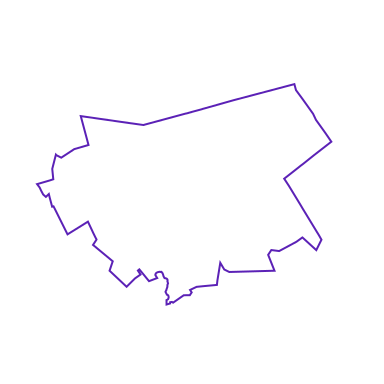 Nogales, Sonora, Mexico, rotated 345°
{"feature_id": "50627088B60868873287779", "entity_name": "Nogales", "entity_type": "district", "adm_level": 2, "iso_a3": "MEX", "parent_name": "Mexico", "parent_adm1": "Sonora", "projection": "equal_earth", "projection_center": [-111.044, 31.194], "detail": "fine", "context": "isolated", "style": "outline", "palette": "violet", "viewbox_px": 384, "rotation_deg": 345, "n_neighbors": 0, "source": "geoboundaries", "source_scale": "gbopen_adm2", "svg_char_len": 3146}
<svg xmlns="http://www.w3.org/2000/svg" viewBox="0 0 384 384"><g transform="rotate(345 192 192)"><path d="M318.8,114.3L283.5,114.2L257.4,114.1L256.5,114.1L256.0,114.1L248.1,114.2L226.4,114.5L225.3,114.5L224.2,114.5L223.7,114.5L223.0,114.6L222.6,114.6L222.1,114.6L221.9,114.6L221.7,114.6L221.3,114.6L221.0,114.6L220.7,114.6L220.0,114.6L219.7,114.6L219.4,114.6L219.1,114.6L218.9,114.6L218.7,114.6L218.4,114.6L218.1,114.6L217.9,114.6L217.7,114.6L217.1,114.6L216.8,114.6L216.3,114.6L215.6,114.6L214.9,114.6L214.5,114.6L214.0,114.6L213.9,114.6L213.5,114.6L213.4,114.6L213.1,114.6L212.6,114.6L212.3,114.6L212.1,114.7L211.5,114.6L211.4,114.6L211.2,114.6L210.7,114.7L210.4,114.7L209.8,114.6L209.1,114.7L208.5,114.7L208.2,114.7L207.9,114.7L207.7,114.7L207.2,114.7L206.1,114.6L162.3,114.7L151.5,110.1L151.2,110.0L104.2,89.9L104.2,119.8L89.4,120.1L76.1,124.5L74.6,125.0L70.5,121.3L70.2,120.7L63.0,133.5L61.3,143.8L58.0,144.0L54.2,144.1L44.4,144.3L46.0,148.2L46.6,151.6L47.6,155.9L49.6,158.9L53.2,156.9L53.1,160.7L53.1,170.0L54.5,170.0L55.1,172.7L57.5,184.5L60.8,200.7L83.8,193.7L85.6,203.7L85.9,205.5L86.9,210.6L87.1,211.5L87.5,213.1L87.3,213.4L82.7,217.5L97.5,238.4L92.0,246.7L104.3,266.6L114.6,260.7L120.9,258.4L119.4,253.9L121.1,253.1L123.8,259.0L125.1,261.9L127.4,267.0L136.1,266.1L135.1,262.8L135.2,262.4L135.3,262.3L135.5,262.1L135.6,261.8L135.7,261.6L135.9,261.4L136.0,261.3L136.3,261.1L136.8,260.9L137.4,260.7L137.9,260.6L138.3,260.6L138.6,260.6L138.9,260.6L139.1,260.6L139.6,260.7L139.8,260.7L140.0,260.7L140.3,260.7L140.5,260.8L140.8,261.0L141.1,261.2L141.3,261.2L141.5,261.2L141.8,261.2L141.9,261.4L142.1,261.8L142.3,262.3L142.5,262.7L142.5,263.0L142.6,263.5L142.7,264.0L142.7,264.5L142.7,265.2L142.7,266.2L142.8,266.6L143.0,267.2L143.1,267.6L143.2,268.1L143.8,268.3L144.2,268.5L144.4,268.7L144.7,268.8L144.9,269.0L145.1,269.3L145.3,269.4L145.4,269.6L145.5,269.8L145.6,270.2L145.6,270.5L145.5,270.8L145.5,271.2L145.4,271.4L145.3,271.7L145.2,271.8L145.1,272.2L145.2,272.4L145.2,272.8L145.2,273.1L145.2,273.4L145.2,273.8L145.2,274.1L145.0,274.4L144.7,274.7L144.4,275.0L144.3,275.3L144.2,275.6L144.1,275.9L143.9,276.3L143.8,276.5L143.8,276.8L143.7,277.2L143.5,277.5L143.4,277.7L142.8,278.5L142.5,279.0L142.1,279.5L141.8,280.2L141.4,280.6L141.1,280.9L140.9,281.1L140.7,281.3L140.6,281.5L140.6,282.2L140.8,282.8L141.0,283.6L141.1,284.1L141.1,284.3L141.1,284.6L141.3,284.8L141.6,285.0L141.8,285.2L142.1,285.4L142.3,285.9L142.3,286.5L142.3,287.1L142.1,288.0L141.6,288.7L141.2,289.3L140.4,289.6L139.4,289.8L138.3,294.1L142.0,294.0L142.4,292.8L144.2,293.0L145.1,294.0L157.3,289.6L163.2,291.1L165.7,288.9L164.8,286.1L171.9,284.8L179.2,286.0L192.0,288.2L193.7,283.9L201.0,267.7L203.1,275.2L207.3,278.9L251.3,289.4L249.3,272.4L253.6,268.6L260.9,271.6L280.0,267.1L285.3,265.1L286.2,264.7L286.9,264.5L297.0,280.3L304.7,271.6L303.6,267.3L302.8,264.5L302.5,263.6L294.5,236.3L293.9,234.1L292.1,227.9L287.2,211.2L285.2,205.1L284.5,203.0L300.7,196.1L304.1,194.6L305.4,194.1L306.4,193.7L319.4,188.0L339.6,179.5L336.2,169.8L334.1,164.2L330.4,154.4L329.2,147.8L323.0,131.2L318.8,120.5L318.8,117.8L318.8,114.3Z" fill="none" stroke="#5b21b6" stroke-width="2"/></g></svg>